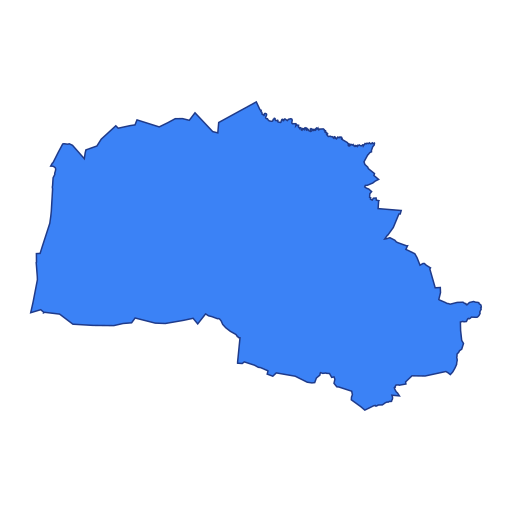 outline of Ķeipenes pag., Ogre, Latvia
{"feature_id": "27541924B50281047357310", "entity_name": "Ķeipenes pag.", "entity_type": "district", "adm_level": 2, "iso_a3": "LVA", "parent_name": "Latvia", "parent_adm1": "Ogre", "projection": "albers", "projection_center": [25.174, 56.905], "detail": "fine", "context": "isolated", "style": "filled", "palette": "blue", "viewbox_px": 512, "rotation_deg": 0, "n_neighbors": 0, "source": "geoboundaries", "source_scale": "gbopen_adm2", "svg_char_len": 6053}
<svg xmlns="http://www.w3.org/2000/svg" viewBox="0 0 512 512"><path d="M374.3,143.0L373.9,143.4L372.9,143.6L372.4,142.8L372.1,142.9L371.7,143.5L370.7,143.8L369.3,142.8L368.7,143.5L368.1,143.6L367.1,143.2L366.7,143.3L366.3,143.8L365.0,143.5L364.6,144.3L363.8,145.0L363.4,145.7L363.3,144.9L362.5,144.9L362.4,145.5L361.8,145.8L360.4,145.7L359.2,144.9L358.4,145.6L357.7,145.3L357.2,146.5L356.5,145.9L355.7,146.2L355.9,145.6L355.4,145.5L354.7,146.1L354.3,146.1L353.9,145.8L353.7,145.2L353.3,145.2L353.1,144.5L352.1,145.0L351.0,144.3L349.7,145.9L349.1,146.0L348.5,145.8L348.2,145.1L349.7,144.4L349.5,144.1L348.0,143.5L347.4,142.6L342.7,139.8L342.3,139.3L342.2,138.8L341.7,139.0L341.7,137.5L341.5,137.2L340.6,137.0L340.2,137.1L339.9,137.6L339.5,137.1L338.3,137.6L337.8,137.1L337.3,137.8L336.6,138.2L336.8,138.5L336.5,138.9L335.5,138.3L335.5,137.7L335.3,137.4L334.9,137.9L334.7,137.8L335.0,137.3L335.0,137.0L334.6,136.7L333.7,137.2L333.6,138.1L333.1,137.7L333.0,137.2L332.1,136.6L331.0,136.7L330.3,136.2L328.3,136.5L326.7,134.6L327.6,133.9L326.8,133.3L326.7,132.7L325.8,132.7L325.1,132.2L325.3,131.5L325.7,131.3L325.6,130.9L325.4,130.7L324.9,131.1L324.6,130.9L324.4,130.6L324.2,129.6L323.3,128.9L319.2,129.1L319.3,129.5L318.9,129.8L318.6,128.9L318.3,128.8L318.2,129.3L317.8,129.0L317.8,128.1L317.1,128.7L316.6,128.0L316.0,128.5L316.2,128.9L315.7,129.1L315.8,129.6L315.2,129.7L315.3,130.3L315.1,130.4L314.6,129.9L313.7,129.9L313.7,130.4L313.5,130.5L312.8,130.5L312.7,130.2L313.4,129.4L312.8,129.4L312.6,129.9L312.3,129.9L312.4,129.3L311.0,128.6L310.2,129.2L311.1,131.3L310.6,131.5L308.5,130.5L308.2,129.5L307.9,129.2L307.4,129.5L306.6,129.2L306.5,129.5L307.1,129.8L306.7,130.2L306.0,129.6L306.1,128.7L306.7,128.2L306.4,128.0L305.8,128.4L305.2,128.3L305.1,127.8L304.8,127.9L304.6,128.5L304.1,128.6L304.1,129.6L303.3,129.1L303.4,128.8L302.7,128.5L302.3,128.9L302.0,130.2L301.5,130.0L301.2,129.6L301.0,128.0L300.7,127.7L299.7,127.6L299.5,128.1L299.2,127.4L298.7,127.4L298.4,126.9L298.3,126.2L298.6,125.3L296.7,124.9L295.8,125.9L296.1,124.0L295.9,123.7L292.4,123.7L292.0,123.3L291.8,122.7L292.2,120.2L291.9,119.2L290.9,118.7L288.4,119.3L287.3,120.6L284.9,118.9L284.3,119.3L283.6,120.7L283.1,120.6L282.9,120.1L282.9,119.5L282.6,119.3L282.1,119.4L281.7,119.8L280.9,122.2L280.5,122.5L278.1,122.0L277.8,121.6L277.9,120.4L277.6,120.2L276.5,120.6L275.6,120.5L275.1,119.5L275.1,118.7L274.6,118.3L274.3,118.3L274.0,118.9L273.2,119.4L272.9,120.6L272.2,121.2L271.1,121.3L269.1,120.8L268.0,119.8L267.4,118.7L266.4,118.7L265.6,117.8L265.7,117.1L266.5,115.3L266.6,114.3L266.4,113.9L265.2,113.4L264.5,113.6L264.1,114.4L264.1,115.4L264.0,115.5L263.6,115.0L262.1,114.2L262.0,113.1L261.8,112.3L260.9,111.5L261.2,110.3L260.0,109.8L256.3,101.9L218.7,122.5L217.8,132.9L212.7,131.6L195.0,112.8L189.3,120.3L182.5,118.6L175.2,118.7L167.8,122.7L159.2,126.9L137.0,119.9L135.0,124.9L130.2,125.6L118.2,128.2L115.8,125.8L101.2,139.2L96.9,146.0L85.9,149.9L85.2,152.8L84.3,158.7L72.5,145.3L69.3,143.8L67.7,144.2L63.9,143.7L62.7,144.0L58.3,152.2L53.0,162.7L52.3,163.2L50.7,166.1L52.9,166.2L54.4,167.0L55.4,167.9L55.7,169.2L55.4,171.0L54.7,173.3L54.8,174.4L53.1,177.8L52.6,185.4L52.3,187.1L52.6,189.0L51.3,211.2L50.8,216.1L49.8,223.3L42.5,245.8L40.1,253.4L36.4,253.6L36.5,262.2L36.2,262.5L37.3,276.7L37.4,279.8L33.1,302.0L30.7,312.7L40.7,309.7L43.7,312.2L43.6,312.8L44.7,312.3L59.6,314.1L72.9,324.2L93.2,325.4L113.8,325.6L123.0,323.5L131.6,322.8L135.1,318.0L155.2,323.1L165.3,323.5L183.2,320.4L193.1,318.3L197.7,323.9L205.6,313.9L208.5,315.8L211.8,316.6L217.5,318.7L218.8,318.6L219.7,319.1L221.1,320.8L222.7,324.4L225.7,327.7L230.3,331.3L236.0,334.5L237.3,336.5L237.7,336.5L238.5,337.6L240.0,337.8L237.6,362.0L237.6,363.2L242.2,363.5L244.3,361.9L254.5,365.2L258.3,367.3L260.6,367.6L267.9,370.8L268.0,371.0L267.2,374.1L272.8,376.2L276.3,372.9L295.2,376.2L307.2,382.2L311.9,382.9L314.7,382.6L316.4,378.0L319.9,375.1L320.0,374.1L320.4,372.8L320.6,372.6L322.7,373.4L325.9,373.0L326.3,373.3L329.5,373.5L331.7,377.4L334.0,376.9L334.9,379.2L334.0,383.3L336.8,386.8L338.8,387.0L351.7,391.2L352.4,394.7L351.5,397.1L351.3,399.8L360.7,406.6L364.8,410.1L373.8,405.7L375.1,405.5L375.3,405.8L375.6,405.6L376.1,406.1L377.8,405.4L378.1,405.0L382.3,404.9L385.3,402.8L386.8,402.1L388.3,402.1L389.5,401.4L391.1,401.5L391.6,401.2L391.7,400.4L392.3,399.5L392.6,398.0L392.4,396.6L391.9,395.2L399.4,395.9L397.6,393.1L396.2,391.8L394.8,389.2L394.3,387.7L394.8,387.1L395.2,387.1L395.1,386.6L396.1,385.0L398.4,384.9L399.2,385.2L405.9,384.0L405.6,381.9L412.0,375.8L425.1,376.0L445.9,371.5L448.2,372.9L450.3,374.6L451.9,372.9L452.9,371.7L455.1,367.8L456.6,364.4L456.7,362.8L457.2,360.3L457.1,359.1L456.7,357.4L457.0,356.2L457.0,354.5L457.2,353.8L458.6,352.5L459.5,350.7L461.7,349.2L463.5,343.5L461.7,340.4L460.6,330.5L460.4,322.0L462.9,321.4L463.9,321.8L466.4,321.5L467.6,319.0L468.3,318.4L468.9,318.8L469.4,318.7L470.4,318.1L471.4,317.1L476.0,317.3L477.2,317.2L478.1,316.5L479.0,315.5L480.0,313.6L480.1,313.0L479.8,312.5L479.8,311.9L481.2,309.1L480.7,307.7L481.3,307.2L481.2,306.4L480.9,305.0L479.1,303.6L478.9,302.8L478.0,302.4L475.6,302.2L473.6,301.5L469.4,302.5L466.9,304.9L466.4,304.7L466.3,304.1L465.5,303.8L465.5,303.5L464.5,303.3L463.0,302.2L457.2,302.4L450.1,304.2L448.6,303.6L446.9,303.4L445.6,302.6L439.3,299.9L438.8,299.5L440.5,292.6L440.3,287.5L435.2,287.8L429.8,268.9L430.5,267.9L426.2,265.2L424.4,263.5L423.0,263.5L420.0,265.2L417.0,257.6L414.8,253.7L405.9,249.4L407.5,245.8L406.8,245.9L398.2,242.8L396.4,242.0L394.8,240.2L389.9,237.7L386.6,238.7L384.7,239.0L387.4,235.2L387.8,235.1L393.3,227.5L398.9,214.0L400.2,214.0L401.2,210.5L378.1,208.6L378.6,201.2L378.9,200.7L376.3,200.1L376.1,198.0L373.4,198.2L372.2,200.1L370.5,199.2L370.7,197.8L369.6,197.4L369.8,193.7L371.6,191.6L368.7,189.0L366.5,188.2L364.7,186.9L365.3,185.4L367.3,185.3L372.8,183.0L375.2,181.1L378.6,179.4L373.9,175.5L374.5,173.6L368.3,168.6L367.8,167.2L364.9,164.5L364.0,161.8L367.8,154.8L368.1,154.7L369.8,152.6L371.5,151.8L371.4,150.5L372.7,146.8L374.2,145.0L374.5,143.2L374.3,143.0Z" fill="#3b82f6" stroke="#1e3a8a" stroke-width="1.5"/></svg>